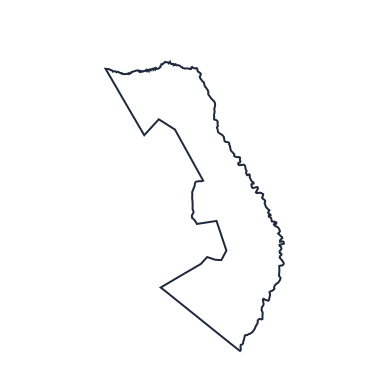 Ribeiro Gonçalves, Piauí, Brazil (Natural Earth projection), rotated 137°
{"feature_id": "56859067B47618229144297", "entity_name": "Ribeiro Gonçalves", "entity_type": "district", "adm_level": 2, "iso_a3": "BRA", "parent_name": "Brazil", "parent_adm1": "Piauí", "projection": "natural_earth1", "projection_center": [-45.448, -8.057], "detail": "fine", "context": "isolated", "style": "outline", "palette": "slate", "viewbox_px": 384, "rotation_deg": 137, "n_neighbors": 0, "source": "geoboundaries", "source_scale": "gbopen_adm2", "svg_char_len": 5146}
<svg xmlns="http://www.w3.org/2000/svg" viewBox="0 0 384 384"><g transform="rotate(137 192 192)"><path d="M264.3,43.1L263.4,43.8L262.4,45.4L260.7,46.9L259.4,46.4L258.4,46.3L257.5,46.7L256.8,47.5L254.5,48.7L251.3,50.9L250.5,50.9L249.9,50.2L249.2,49.7L247.3,49.4L246.3,48.7L244.7,48.6L242.9,48.3L241.6,48.8L240.6,48.8L238.7,49.5L238.1,49.8L237.4,50.2L236.8,50.4L233.6,51.3L232.7,51.9L232.0,52.9L231.2,53.2L230.3,53.4L229.1,53.1L227.9,51.2L227.2,51.0L223.6,54.7L222.9,55.1L222.4,56.2L221.7,58.1L220.9,58.9L219.5,60.1L218.2,60.2L216.9,60.6L216.2,61.1L215.3,62.3L213.5,65.1L212.3,65.0L212.2,63.7L210.4,60.5L209.6,60.4L208.9,60.9L207.9,61.6L207.1,62.1L206.1,62.8L205.4,63.3L204.8,63.9L203.7,65.9L202.5,65.9L200.4,65.0L199.4,65.0L198.3,64.8L197.6,65.1L197.3,66.0L196.7,66.5L195.2,67.1L192.9,67.4L191.4,66.9L189.8,67.1L187.8,67.6L185.9,68.7L185.6,70.7L185.4,71.7L184.7,72.1L181.6,75.0L179.1,78.0L178.5,78.4L177.6,77.9L176.6,77.0L175.0,76.6L173.9,76.9L173.3,77.6L172.9,79.6L172.6,84.2L171.7,85.0L169.4,85.1L168.8,85.9L168.9,86.7L169.4,87.4L168.6,88.7L167.9,89.1L166.2,89.1L165.3,89.5L164.3,91.1L164.7,92.8L164.0,93.7L163.0,93.1L160.0,91.6L159.5,92.3L159.0,93.4L159.9,94.6L161.6,95.4L161.1,96.3L159.8,96.8L159.0,96.8L157.5,96.6L156.9,97.6L157.2,99.8L157.1,101.3L157.4,102.8L154.7,103.2L154.0,104.1L153.2,107.0L153.5,108.7L154.0,109.3L154.4,110.7L154.3,112.4L153.5,112.7L152.8,112.1L152.4,111.4L151.7,111.6L151.1,112.2L151.6,113.6L153.7,116.1L152.1,118.6L151.9,119.4L152.0,120.2L152.6,121.6L151.9,122.3L151.2,122.0L150.4,121.5L150.0,122.2L150.7,124.1L150.4,125.1L147.9,125.8L148.2,128.2L148.1,129.2L148.1,130.6L147.8,131.6L146.9,133.1L146.5,134.4L144.9,135.2L144.4,136.0L144.4,137.4L144.8,138.4L144.6,140.2L143.5,140.4L142.1,141.3L141.4,141.9L142.1,144.0L142.7,145.1L143.7,145.8L144.7,146.6L145.5,147.1L145.5,148.3L143.7,148.7L142.9,149.1L141.6,149.4L140.8,150.4L141.0,151.2L144.8,153.4L145.0,154.4L144.4,155.6L143.3,157.1L141.2,156.2L140.5,157.0L141.1,158.7L140.4,161.5L139.7,163.5L138.7,164.3L138.0,165.6L138.7,166.2L139.4,166.2L140.2,166.7L139.8,168.3L139.4,169.2L137.8,170.1L137.0,172.5L136.1,173.6L135.3,175.5L135.3,176.4L135.9,177.1L136.6,177.4L138.9,179.2L139.3,179.9L139.2,180.9L138.7,181.4L138.0,181.6L136.9,180.9L136.0,181.1L135.1,182.7L134.2,183.7L133.4,184.5L133.8,185.5L135.0,186.5L135.9,187.8L136.5,188.7L136.5,189.8L135.3,190.7L135.3,195.7L135.0,196.5L134.2,197.6L133.5,199.0L132.9,199.6L132.7,200.3L132.6,201.1L131.5,202.2L131.4,203.1L131.7,203.8L133.3,206.0L133.5,206.9L133.0,207.8L131.2,210.5L131.0,212.5L131.2,214.1L131.9,216.3L132.1,217.5L131.8,218.4L130.5,220.5L129.8,222.2L128.0,222.6L127.4,223.7L126.5,224.9L125.6,225.4L125.1,226.4L125.1,227.5L125.4,228.3L126.3,229.9L125.7,230.8L124.6,231.6L123.8,232.9L120.6,235.4L119.7,236.6L119.3,237.4L117.1,238.8L115.6,240.0L114.3,241.9L114.0,243.1L114.2,246.6L114.1,247.9L113.8,249.7L113.6,251.8L113.1,252.9L111.9,253.8L111.4,255.1L110.9,256.0L110.9,257.4L110.5,258.8L110.6,259.8L110.4,260.7L108.5,264.4L108.9,265.8L108.7,266.7L108.5,269.2L108.0,270.5L107.6,271.1L106.1,271.5L104.9,272.5L105.0,274.0L105.5,276.2L104.9,277.5L104.3,278.1L104.0,279.2L104.5,279.8L105.3,280.0L105.9,281.1L106.8,282.4L106.6,283.3L107.3,283.6L108.0,283.4L108.7,282.7L109.8,283.4L110.1,284.3L110.7,285.1L111.6,286.1L112.3,286.6L113.0,287.1L113.5,288.1L114.1,288.8L114.0,289.9L114.6,290.5L114.8,291.5L114.7,292.3L115.4,293.9L116.3,294.7L117.0,295.4L116.8,296.6L117.4,297.1L118.2,296.7L118.9,297.2L118.3,297.7L118.4,298.5L119.0,299.0L119.7,299.4L120.0,300.1L119.7,301.1L119.3,302.2L120.5,301.9L121.2,301.9L121.0,302.9L121.4,303.5L122.4,304.4L122.9,305.5L123.7,305.4L125.0,305.6L126.3,305.5L127.2,306.3L127.8,305.8L129.1,305.7L130.0,304.8L130.8,305.1L131.9,305.0L132.9,305.4L133.7,306.1L133.7,307.2L134.4,306.9L135.1,306.6L135.0,308.0L135.7,308.3L136.2,307.5L136.9,307.6L136.4,308.4L136.9,309.2L137.9,309.2L138.7,309.9L139.2,309.2L139.9,309.8L139.8,310.6L140.6,310.7L141.2,310.0L141.4,310.9L141.5,311.8L142.6,311.2L142.6,312.6L143.6,312.5L145.0,313.5L146.0,313.6L146.3,314.6L147.2,315.8L147.5,314.8L148.4,315.3L148.6,317.8L149.4,318.4L150.1,318.8L151.0,319.2L151.8,319.8L152.8,320.0L154.4,321.0L155.4,320.5L156.5,321.3L157.2,321.0L157.5,322.1L158.4,321.9L158.9,322.8L160.2,323.5L161.0,324.4L161.7,325.0L162.1,325.8L162.7,326.3L162.4,327.0L163.3,327.9L163.8,329.4L164.5,330.8L165.5,331.0L165.8,332.5L166.8,333.6L167.8,334.1L167.5,334.8L167.9,336.2L168.5,337.0L168.6,337.8L169.2,338.8L170.3,339.9L171.2,341.0L182.6,291.0L188.2,266.1L166.7,267.8L161.9,249.3L175.4,195.4L176.1,192.7L177.6,193.3L179.5,195.1L181.7,196.6L182.7,196.8L183.5,196.5L184.8,195.7L185.8,194.7L186.4,194.4L187.5,194.0L188.8,193.3L191.4,192.1L192.3,191.4L194.7,188.7L195.5,188.1L198.6,184.1L199.1,183.5L203.4,178.9L204.2,176.7L205.1,175.9L205.8,175.6L207.7,175.1L208.6,174.5L209.0,173.5L209.6,173.0L209.4,172.0L209.4,171.0L209.4,168.8L209.7,167.8L209.8,166.5L210.2,165.3L193.8,154.1L206.8,125.7L217.0,122.2L217.9,123.1L221.2,126.6L225.3,134.1L232.4,133.5L234.5,133.3L243.3,135.3L247.7,136.3L249.3,136.7L275.1,142.4L280.0,143.5L278.8,135.6L269.6,71.7L267.7,58.7L267.6,57.7L265.3,43.0L264.3,43.1Z" fill="none" stroke="#1e293b" stroke-width="2"/></g></svg>